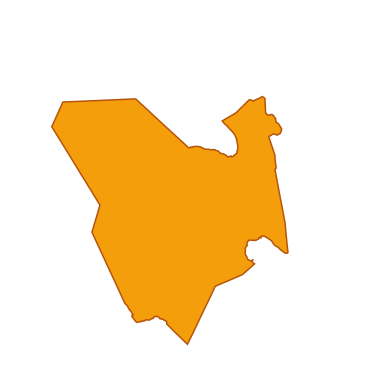 outline of Bamako, Bamako, Mali, rotated 155°
{"feature_id": "8926073B70420899930674", "entity_name": "Bamako", "entity_type": "district", "adm_level": 2, "iso_a3": "MLI", "parent_name": "Mali", "parent_adm1": "Bamako", "projection": "mercator", "projection_center": [-7.996, 12.607], "detail": "fine", "context": "isolated", "style": "filled", "palette": "amber", "viewbox_px": 384, "rotation_deg": 155, "n_neighbors": 0, "source": "geoboundaries", "source_scale": "gbopen_adm2", "svg_char_len": 4001}
<svg xmlns="http://www.w3.org/2000/svg" viewBox="0 0 384 384"><g transform="rotate(155 192 192)"><path d="M277.9,94.7L277.6,94.5L277.2,94.3L276.5,94.2L276.2,93.9L275.7,93.6L275.4,93.0L275.1,92.7L274.8,91.5L274.5,91.1L274.3,90.7L274.4,90.4L273.5,90.0L273.1,89.8L272.8,89.3L272.5,89.2L271.8,88.7L271.8,88.0L270.8,86.9L270.6,86.8L270.3,86.4L270.1,86.2L270.2,85.8L269.9,85.3L269.8,85.0L269.9,84.3L270.2,83.9L270.7,83.3L270.7,83.1L270.7,82.9L269.8,80.7L268.1,75.9L266.0,70.3L260.5,55.9L248.6,65.5L242.9,70.2L235.4,76.4L228.2,82.3L223.3,86.3L218.3,90.4L210.8,96.7L206.0,96.6L201.6,96.5L196.1,96.2L191.7,96.1L185.2,95.9L183.2,95.9L181.3,95.8L165.7,100.4L166.2,101.1L166.6,101.8L166.7,102.3L166.7,102.8L166.6,103.5L166.5,103.9L166.4,103.9L166.2,104.4L165.6,104.8L165.8,105.0L167.1,104.6L167.6,104.6L168.1,104.8L169.6,107.0L169.9,107.6L170.1,108.3L169.7,110.2L169.7,110.8L170.0,111.9L170.1,112.7L169.7,113.7L169.3,114.7L169.0,115.1L168.9,115.4L167.9,117.1L168.0,117.5L167.8,117.9L167.8,118.0L166.9,119.0L166.4,119.4L164.4,120.3L164.2,120.9L164.2,122.1L164.0,122.3L163.9,122.5L163.7,122.7L161.9,123.7L161.0,124.2L160.9,124.2L160.7,124.3L159.2,123.6L158.0,122.8L156.1,122.0L154.8,121.2L152.6,121.3L151.1,121.4L150.7,121.7L150.6,122.2L149.9,122.3L149.7,122.0L149.3,121.7L148.7,121.3L148.3,121.8L148.0,122.4L146.7,122.4L145.9,121.7L144.7,121.0L144.1,119.9L143.5,118.9L142.7,118.0L141.9,116.4L141.7,116.1L140.5,114.2L140.1,111.1L139.5,108.4L138.2,106.8L138.1,106.6L137.8,106.2L137.1,105.0L136.4,102.7L135.3,100.7L134.3,98.8L133.8,97.8L132.9,96.9L132.2,96.5L131.5,96.3L130.8,96.5L130.3,97.4L128.2,103.7L125.8,110.4L125.5,111.4L124.3,114.8L120.7,124.7L119.0,131.4L116.8,140.0L115.6,144.9L114.7,148.5L110.9,163.1L109.5,168.7L109.2,169.9L109.0,170.5L107.3,177.3L105.6,178.2L103.3,185.3L101.2,190.8L99.2,208.8L98.9,209.9L97.5,209.8L95.6,210.1L93.9,210.3L92.5,209.4L91.9,208.7L90.8,207.6L89.2,207.7L87.4,207.7L85.9,209.0L85.2,209.7L84.1,211.3L84.3,213.6L84.6,216.0L84.8,217.5L85.7,218.9L86.3,220.3L85.8,221.4L85.2,223.5L85.8,225.3L85.7,226.6L86.5,228.1L88.2,229.1L90.0,229.0L91.3,230.4L91.8,232.4L91.1,234.5L89.7,237.7L88.5,241.1L87.6,242.9L86.7,244.9L86.5,246.6L87.9,248.8L91.7,248.5L94.7,248.7L98.1,248.4L98.3,249.1L98.5,249.5L98.8,249.7L101.0,251.4L105.4,249.9L110.1,248.2L112.9,247.2L118.5,245.2L123.5,244.7L134.5,243.7L134.1,241.4L133.0,238.5L132.0,236.0L131.5,234.0L130.3,230.6L130.0,229.9L129.4,227.2L129.1,225.9L129.3,221.1L130.5,216.6L130.9,214.8L131.6,212.9L131.7,212.6L135.3,208.0L137.1,207.8L138.1,207.4L139.5,207.0L140.9,206.9L141.4,208.2L142.0,208.0L142.6,208.2L143.2,208.3L143.7,208.2L144.6,208.7L146.5,212.2L147.9,213.6L149.1,214.4L150.2,215.9L150.9,217.9L152.7,219.5L153.0,220.3L154.1,221.1L155.2,221.6L157.1,222.0L157.9,223.2L158.5,223.5L159.0,223.7L161.8,225.2L163.0,226.4L164.4,228.2L165.7,229.8L167.0,230.4L168.3,231.3L169.6,231.9L170.5,232.0L171.5,232.6L172.5,232.7L173.1,232.8L174.0,233.3L174.5,233.2L175.1,233.0L176.5,233.8L178.6,239.0L189.4,265.1L191.4,270.1L203.7,300.2L240.2,315.3L271.0,328.1L291.5,310.4L288.5,284.7L285.8,261.2L285.1,254.9L284.0,245.8L282.8,235.4L281.0,219.0L286.5,212.7L289.6,209.2L290.7,208.0L299.7,197.8L299.8,144.8L299.9,119.4L299.4,118.0L298.9,116.9L298.8,116.6L298.7,116.4L298.6,115.7L298.8,114.8L298.8,114.3L298.6,113.7L298.5,112.2L298.4,111.4L297.7,109.7L297.6,109.3L297.7,108.1L297.8,107.9L297.7,107.6L297.7,107.4L297.5,106.8L297.3,106.2L297.1,105.5L297.6,105.4L298.3,105.4L298.6,105.4L298.9,105.0L299.1,104.6L299.1,104.3L298.9,103.6L298.7,103.0L298.6,102.5L298.5,101.9L298.4,101.5L298.3,101.1L298.2,100.8L298.2,100.1L297.9,99.5L297.9,99.0L297.8,98.6L297.7,98.1L297.4,97.8L297.1,97.3L296.9,97.1L296.0,96.8L295.2,96.8L294.8,96.9L294.4,96.6L294.0,96.3L292.9,96.0L292.6,96.0L291.9,96.4L291.5,96.3L291.1,95.8L289.9,95.3L288.8,95.6L288.2,95.2L287.6,95.6L286.9,95.3L286.4,95.0L285.7,94.4L285.4,94.1L284.4,94.0L283.9,93.9L282.5,94.2L281.8,94.0L281.0,94.1L280.5,93.8L279.7,94.6L279.1,94.7L278.3,95.0L277.9,94.7Z" fill="#f59e0b" stroke="#b45309" stroke-width="1.5"/></g></svg>